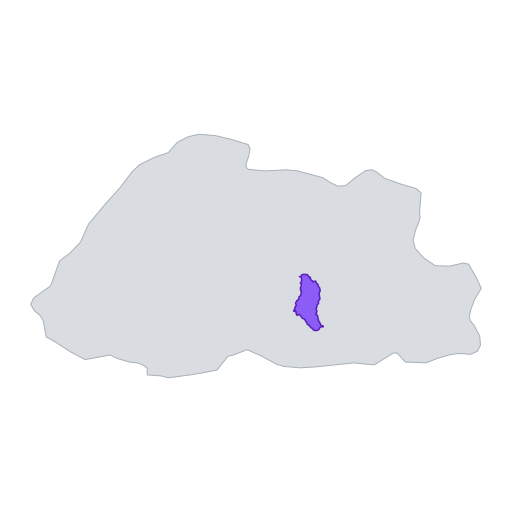 location of Nangkor, Shemgang, Bhutan
{"feature_id": "84629894B93769975990256", "entity_name": "Nangkor", "entity_type": "district", "adm_level": 2, "iso_a3": "BTN", "parent_name": "Bhutan", "parent_adm1": "Shemgang", "projection": "orthographic", "projection_center": [90.802, 27.203], "detail": "fine", "context": "in_parent", "style": "filled", "palette": "violet", "viewbox_px": 512, "rotation_deg": 0, "n_neighbors": 0, "source": "geoboundaries", "source_scale": "gbopen_adm2", "svg_char_len": 6563}
<svg xmlns="http://www.w3.org/2000/svg" viewBox="0 0 512 512"><path d="M420.0,217.7L419.2,221.1L415.5,230.3L413.1,240.2L415.2,248.4L423.8,258.0L435.3,265.7L449.8,266.1L463.2,263.0L468.6,264.2L476.0,277.1L481.3,288.3L474.4,299.9L470.6,310.1L469.3,317.3L470.2,320.4L474.6,326.2L479.7,336.1L480.5,345.2L477.4,351.3L470.5,354.4L463.1,353.6L457.0,353.7L449.3,354.9L437.4,358.3L426.4,362.8L405.5,362.1L397.1,353.1L393.2,353.1L374.3,364.9L353.6,362.9L316.0,366.9L300.3,367.8L284.2,366.5L276.0,364.0L260.9,355.7L247.1,349.7L233.1,355.1L228.2,356.1L216.9,370.1L192.5,374.6L168.2,377.8L161.1,375.9L147.4,374.9L147.0,371.6L147.4,368.4L144.3,365.9L138.8,363.2L129.3,362.0L117.1,358.4L110.1,355.0L85.2,359.6L70.8,352.0L54.5,341.5L46.2,337.0L43.4,321.2L40.6,316.1L34.2,310.6L30.7,304.3L33.7,297.9L50.2,286.1L51.6,283.3L59.5,261.0L70.1,253.0L80.6,241.9L88.6,224.0L103.9,205.7L120.6,187.0L132.1,171.7L139.7,164.6L155.2,157.0L168.3,152.6L177.3,142.3L188.1,136.7L199.3,134.2L215.7,135.7L231.2,139.4L248.2,144.6L250.1,148.8L248.7,156.1L246.2,163.5L246.1,167.3L248.7,169.4L265.4,170.9L285.8,169.8L297.2,170.8L322.8,177.7L330.2,182.5L338.0,186.2L345.7,185.5L355.3,177.6L365.4,170.8L371.7,169.7L376.3,171.8L384.4,178.2L401.3,184.2L416.3,188.6L421.2,192.9L419.6,211.5L420.0,217.7Z" fill="#d9dde1" stroke="#a8b0b8" stroke-width="1"/><path d="M323.3,326.5L323.1,326.3L323.0,326.0L322.9,325.9L322.7,326.0L322.6,325.9L322.5,325.7L322.4,325.7L322.2,325.9L321.8,325.8L321.7,325.6L321.3,325.5L321.2,325.5L320.9,325.2L320.8,324.6L320.7,324.4L320.6,324.1L320.4,323.9L320.3,323.7L320.1,323.5L319.8,323.3L319.7,323.2L319.8,323.0L319.7,322.9L319.6,322.7L319.5,322.4L319.6,322.2L319.4,321.9L319.3,321.7L319.2,321.6L319.0,321.4L318.9,321.1L318.4,320.9L318.4,320.7L318.4,320.4L318.5,320.2L318.4,319.9L318.4,319.7L318.2,319.5L318.2,319.2L318.1,318.8L318.2,318.6L318.0,318.2L317.9,317.8L317.9,317.6L317.8,317.2L317.8,316.9L317.7,316.3L317.7,316.2L317.7,315.8L317.5,315.6L317.2,315.2L316.9,315.0L316.5,315.0L316.4,315.0L316.3,314.9L316.1,314.8L316.0,314.5L316.0,314.0L316.3,313.7L316.5,313.0L316.5,312.9L316.2,312.8L316.2,312.6L316.5,312.3L316.8,311.9L316.9,311.2L316.9,310.8L316.8,310.7L316.6,310.3L316.5,310.1L316.4,309.9L316.4,309.7L316.2,309.2L315.9,308.7L316.1,308.5L316.3,308.3L316.4,308.1L316.6,307.9L316.8,307.7L316.8,307.4L316.7,307.2L316.8,306.3L317.0,305.7L317.1,305.4L317.2,305.0L317.4,304.8L317.6,304.7L317.9,304.2L318.2,303.7L318.5,303.4L318.6,303.2L318.6,302.9L318.6,302.5L318.4,301.7L318.3,301.4L318.4,301.0L318.5,300.8L318.6,300.7L319.0,300.4L319.5,299.6L319.7,299.2L319.9,299.1L319.9,298.7L319.8,297.8L319.7,297.4L319.6,297.0L319.5,296.0L319.3,295.3L319.3,295.1L319.0,294.8L318.9,294.5L318.9,294.4L318.9,294.1L319.0,293.9L319.2,293.6L319.3,293.2L319.3,292.8L319.3,292.7L319.4,292.4L319.5,292.1L319.9,291.7L319.8,291.3L320.0,291.0L320.0,290.9L320.2,290.5L320.1,290.2L320.1,289.8L320.0,289.6L319.9,289.3L319.8,288.7L319.7,288.5L319.7,288.1L319.6,287.9L319.5,287.7L319.4,287.7L319.2,287.4L319.1,287.2L318.9,287.0L318.8,286.9L318.6,286.6L318.3,286.1L318.2,285.2L317.9,284.7L317.8,284.3L317.7,284.1L317.3,283.9L317.0,283.7L316.7,283.6L316.5,283.3L316.3,283.2L316.2,282.7L316.2,282.4L316.3,282.2L316.0,281.8L315.9,281.7L315.7,281.4L315.6,281.2L315.4,281.1L314.9,281.3L314.6,281.3L314.1,281.2L313.9,281.3L313.6,281.7L313.4,281.8L312.9,281.9L312.7,281.5L312.6,281.2L312.4,280.9L312.0,280.7L311.7,280.4L311.4,280.3L311.0,279.5L310.8,279.2L310.6,279.1L310.4,278.8L310.3,278.6L310.0,278.0L310.3,277.9L310.4,277.7L310.2,277.6L309.9,277.3L309.8,277.1L309.7,276.9L309.3,276.8L309.0,276.8L308.9,276.7L308.5,276.3L308.2,275.7L307.9,275.3L307.8,275.1L307.5,274.9L307.3,274.7L307.0,274.5L306.7,274.5L306.4,274.6L306.1,274.6L305.7,274.5L305.4,274.4L305.0,274.3L304.5,274.4L304.0,274.4L303.7,274.5L303.3,274.4L302.9,274.5L302.1,274.7L301.9,274.8L301.6,275.1L301.4,275.3L301.3,275.6L301.0,275.9L301.0,276.0L300.7,276.4L300.5,276.5L299.9,276.7L300.9,277.4L301.2,277.7L301.4,278.0L301.6,278.9L301.6,279.1L301.6,279.3L301.7,279.8L301.7,280.0L301.6,280.3L301.6,280.6L301.4,281.0L301.4,281.3L301.4,281.9L301.3,282.0L301.1,282.2L300.9,282.3L300.7,282.7L300.4,283.0L300.4,283.4L300.5,283.6L301.2,283.9L301.3,284.1L301.4,284.3L301.4,284.8L301.4,285.0L301.3,285.8L301.3,286.0L301.2,286.1L300.9,286.8L300.5,287.5L300.4,287.7L300.5,288.1L300.6,288.5L300.4,289.1L300.4,289.4L300.5,289.6L300.7,289.9L300.8,290.0L300.7,290.1L300.7,290.7L300.7,290.8L300.8,290.9L301.4,291.0L301.5,291.2L301.5,291.9L301.5,292.1L301.4,292.2L301.3,292.4L301.2,292.6L301.2,292.9L301.0,293.7L301.0,294.1L301.0,294.4L300.9,294.8L300.9,295.0L300.7,295.2L300.4,295.7L300.2,296.1L299.4,296.5L299.2,296.6L299.0,297.1L298.9,297.4L298.9,297.6L298.8,298.3L298.8,298.6L298.8,298.9L298.8,299.0L298.7,299.2L298.4,299.4L298.4,299.5L297.8,299.9L297.7,299.9L297.3,300.3L296.8,300.7L296.6,301.3L296.4,301.7L296.2,302.0L295.6,302.8L295.6,303.1L295.6,303.3L295.7,303.9L295.9,304.3L296.2,304.7L296.3,305.2L296.3,305.5L296.2,305.6L295.9,305.8L295.7,306.0L295.3,306.7L295.2,306.9L295.0,307.1L294.9,307.3L294.8,307.5L294.9,308.0L295.0,308.1L295.0,308.6L294.9,309.0L294.2,309.6L294.2,309.8L294.0,310.2L294.0,310.3L293.9,310.4L293.8,310.8L293.7,311.0L294.0,311.3L294.3,311.4L294.5,311.3L294.5,310.9L294.7,310.7L294.9,310.7L295.7,311.3L296.0,311.8L296.3,311.9L296.4,312.0L296.0,312.7L295.9,312.8L296.0,313.0L296.5,313.4L296.5,313.7L296.4,314.1L296.4,314.3L296.4,314.5L296.7,314.7L296.9,315.0L297.0,315.2L297.1,315.3L297.3,315.4L297.5,315.4L298.0,314.8L298.3,314.7L298.5,314.6L299.3,314.6L299.6,314.8L300.1,315.0L300.2,315.4L300.6,315.8L300.8,316.0L301.1,316.4L301.2,316.7L301.3,316.8L301.5,317.2L301.8,317.5L302.0,317.9L302.2,318.1L302.3,318.2L302.5,318.3L302.7,318.5L303.2,318.6L303.9,318.9L304.0,318.9L304.3,319.2L304.6,319.5L304.8,319.7L305.2,320.1L305.5,320.8L305.7,321.4L305.9,321.6L306.0,321.8L306.3,321.9L306.6,322.1L306.8,322.3L306.8,322.5L306.9,323.1L307.1,323.4L307.1,323.7L307.5,324.3L307.5,324.5L308.5,325.0L308.8,325.2L309.1,325.4L309.5,325.9L310.2,326.7L310.5,327.3L310.8,327.5L311.1,327.7L311.3,327.9L311.7,328.1L312.1,328.4L312.5,328.6L312.8,329.0L313.0,329.3L313.3,329.8L313.6,330.1L313.7,330.3L313.9,330.3L314.1,330.2L314.3,330.3L315.2,330.5L315.4,330.5L315.5,330.5L315.8,330.5L316.2,330.6L316.4,330.6L316.5,330.5L317.2,330.3L317.4,330.3L317.9,330.1L318.5,329.7L319.1,329.3L319.1,329.2L319.3,328.7L319.5,328.2L319.9,327.7L320.0,327.5L320.1,327.4L320.5,327.3L320.6,327.2L320.8,327.0L320.9,326.9L321.1,326.8L321.4,326.8L321.7,326.7L321.8,326.7L322.5,326.8L323.0,326.9L323.3,326.6L323.3,326.5Z" fill="#8b5cf6" stroke="#5b21b6" stroke-width="1.5"/></svg>